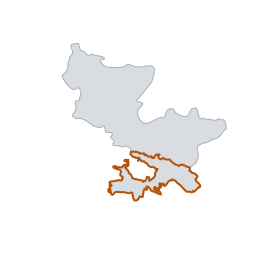 Leninabad on a map of Tajikistan (Albers equal-area conic projection), rotated 212°
{"feature_id": "TJK-369", "entity_name": "Leninabad", "entity_type": "Region", "adm_level": 1, "iso_a3": "TJK", "parent_name": "Tajikistan", "parent_adm1": "", "projection": "albers", "projection_center": [69.514, 39.97], "detail": "fine", "context": "in_parent", "style": "outline", "palette": "amber", "viewbox_px": 256, "rotation_deg": 212, "n_neighbors": 0, "source": "natural_earth", "source_scale": "10m", "svg_char_len": 8927}
<svg xmlns="http://www.w3.org/2000/svg" viewBox="0 0 256 256"><g transform="rotate(212 128 128)"><path d="M44.3,178.7L45.3,176.6L45.8,169.3L47.0,166.8L50.6,162.4L52.5,159.0L54.6,156.2L56.1,155.3L57.5,153.1L58.6,150.6L59.0,149.0L58.9,147.8L58.5,147.0L54.1,142.5L52.8,139.8L52.1,136.3L52.0,133.9L54.4,127.3L54.1,126.2L53.4,125.1L52.0,124.5L50.1,124.2L45.6,124.4L43.9,124.0L43.5,123.6L43.3,120.5L42.9,119.9L42.2,119.3L37.2,117.8L36.2,117.1L36.0,116.4L37.9,109.7L38.7,109.2L40.7,107.0L44.8,105.2L58.3,107.9L60.5,108.2L62.0,108.0L63.0,107.2L64.9,105.1L66.2,99.0L67.3,98.8L68.4,99.1L68.9,98.5L69.4,97.0L69.8,96.9L70.6,97.6L71.5,97.0L71.4,96.4L70.5,95.3L69.7,93.8L70.0,92.6L73.5,92.0L73.9,91.5L73.8,90.6L72.9,90.1L66.3,90.2L65.9,89.7L66.1,89.1L66.6,88.6L73.5,87.5L79.8,88.6L80.9,88.3L79.6,85.6L81.3,85.3L81.5,84.4L79.3,77.2L80.6,76.6L81.8,75.2L81.7,72.5L82.8,71.2L84.1,70.3L86.0,71.2L89.0,73.8L90.9,74.5L100.5,69.5L104.0,67.4L104.6,66.5L105.8,63.3L106.5,63.0L107.4,63.4L112.3,68.8L112.3,69.6L111.8,70.1L111.9,70.7L114.5,71.8L114.5,72.4L113.6,73.9L106.2,80.5L106.0,82.6L106.6,83.3L109.7,84.3L111.3,87.6L112.5,88.0L119.5,86.8L119.5,87.3L119.2,88.3L114.5,90.1L112.3,91.6L111.9,94.1L111.3,94.8L110.4,95.5L109.4,95.6L107.9,92.6L96.7,88.1L86.7,91.3L85.3,93.6L85.8,95.7L85.5,96.6L84.5,96.9L81.6,95.2L80.9,96.7L79.8,101.4L80.9,104.3L81.3,108.5L85.2,108.3L88.3,107.0L89.9,107.0L92.3,107.5L96.6,107.6L100.8,107.5L101.6,106.7L102.4,106.9L103.3,107.9L106.7,106.7L109.2,106.5L111.7,107.2L114.6,111.7L116.2,112.2L120.9,111.6L122.3,109.1L123.5,108.5L127.1,107.8L130.1,105.8L131.6,105.6L132.4,106.3L132.7,107.1L132.5,109.4L133.5,110.1L136.4,110.2L137.8,110.9L137.7,114.4L139.0,115.2L139.6,115.3L143.9,112.9L145.1,112.9L147.6,115.5L149.5,117.1L150.0,116.8L150.8,115.0L152.4,113.1L157.1,111.7L158.9,111.4L164.3,112.0L169.8,111.7L172.7,111.2L175.0,110.0L176.2,109.0L178.1,108.4L181.8,108.6L182.0,110.1L181.6,115.2L183.7,118.8L186.3,121.8L186.5,122.8L186.3,123.6L184.8,124.5L184.3,125.4L184.1,126.3L184.7,127.4L185.7,130.9L187.0,133.6L188.6,134.9L191.0,135.7L192.3,135.4L193.1,133.3L194.6,131.6L198.0,131.5L203.7,133.0L209.2,135.4L210.9,136.8L211.6,138.4L210.3,142.4L210.5,144.9L211.0,147.5L212.4,149.4L213.7,152.7L214.1,155.5L215.1,157.2L214.4,162.4L215.0,163.2L219.5,166.6L220.1,168.5L219.3,169.8L217.7,171.4L215.0,173.5L210.9,169.9L209.2,168.9L206.0,169.5L201.7,168.6L199.6,168.8L198.3,170.2L197.5,171.5L195.4,172.0L187.7,174.9L185.4,174.8L184.7,174.2L185.2,173.3L186.8,172.0L187.1,170.6L186.7,169.4L181.0,168.0L178.6,168.4L174.6,170.2L167.2,174.7L164.0,177.7L161.8,182.1L154.7,183.7L149.8,186.3L144.8,190.5L141.5,192.8L139.9,193.1L138.2,192.8L136.6,191.7L134.9,188.4L132.3,180.0L133.8,165.7L134.6,159.9L135.4,157.8L135.4,156.4L134.7,155.7L133.1,155.8L130.8,156.6L129.2,156.8L128.2,156.3L128.2,153.6L129.3,148.7L127.4,144.7L122.6,141.4L118.5,140.3L115.1,141.4L112.3,144.1L110.1,148.4L107.7,151.9L105.3,154.7L103.0,156.5L102.6,157.6L104.0,161.3L103.9,164.3L102.4,166.8L100.8,167.9L99.0,167.8L97.6,167.3L96.5,166.3L93.7,166.0L89.0,166.5L85.8,167.7L84.1,169.7L83.6,172.3L84.3,175.6L84.0,178.1L81.3,180.8L80.4,181.0L78.4,179.5L75.2,176.3L73.1,174.5L72.0,174.2L70.6,174.7L69.8,176.1L68.8,176.5L67.4,176.2L66.1,176.5L65.4,177.5L63.2,178.7L59.3,180.0L57.2,181.4L56.8,183.0L56.3,183.7L55.1,183.4L51.6,185.5L49.0,184.8L46.1,182.0L44.5,179.7L44.3,178.7ZM113.7,99.3L111.7,100.5L110.5,100.4L108.8,98.2L108.7,97.6L112.9,98.4L113.7,98.7L113.7,99.3ZM112.2,65.9L111.5,66.0L110.3,64.6L109.8,63.6L110.3,63.3L111.4,64.0L112.1,65.2L112.2,65.9Z" fill="#d9dde1" stroke="#a8b0b8" stroke-width="1"/><path d="M119.5,86.8L120.0,87.5L119.6,88.3L118.8,88.8L118.1,89.1L116.9,88.8L116.6,89.0L116.0,89.3L115.8,89.2L115.7,89.2L115.5,89.4L114.6,90.2L114.3,90.4L112.8,90.9L112.2,91.5L112.1,92.3L112.2,93.2L112.0,94.3L111.7,94.8L111.3,95.2L110.8,95.5L110.3,95.7L109.3,95.7L109.1,95.9L108.9,96.2L108.7,96.8L108.5,97.1L108.0,96.9L107.9,96.5L107.9,96.0L108.1,95.4L108.4,95.0L109.5,94.3L109.8,93.6L109.6,93.1L109.1,92.7L108.5,92.5L106.7,92.3L105.8,91.9L105.0,91.8L104.6,91.6L103.6,90.4L103.1,90.2L102.5,90.1L101.4,90.2L100.9,90.1L97.6,87.9L96.8,87.8L87.8,91.1L87.4,91.2L87.0,91.1L86.9,91.0L86.6,90.5L86.4,90.5L86.2,91.3L85.7,92.0L85.3,92.7L85.2,93.5L85.4,94.4L85.5,94.8L85.5,95.2L86.0,96.2L86.1,96.6L83.8,97.3L82.7,95.4L82.1,94.7L81.7,94.6L81.7,94.9L81.6,95.2L81.1,96.1L80.0,99.4L79.8,100.5L79.7,101.7L79.9,102.2L80.2,102.6L80.6,103.0L80.9,103.4L81.1,103.9L81.2,104.5L81.1,108.0L81.4,108.8L82.3,108.4L82.5,108.2L82.6,107.8L82.8,107.7L83.5,108.3L84.0,108.5L85.0,108.3L85.9,108.3L86.4,108.1L86.8,107.9L87.5,107.2L87.9,107.0L89.9,106.9L90.9,107.0L91.8,107.3L92.8,107.9L93.7,108.1L95.5,107.8L96.4,107.9L97.1,108.2L97.3,108.0L97.7,107.5L98.1,107.2L98.5,107.0L99.0,107.0L99.5,107.1L100.3,107.6L100.7,107.7L101.1,107.6L101.2,107.3L101.9,105.9L102.2,105.6L102.5,105.9L102.6,106.4L102.6,107.0L102.3,108.0L102.4,108.5L102.8,108.6L103.2,108.5L105.2,107.0L105.5,106.8L106.3,107.0L106.5,107.0L106.6,106.9L106.9,106.6L108.2,106.1L108.6,106.1L109.0,106.2L109.5,106.7L109.8,106.8L110.2,106.9L111.0,106.7L111.4,106.8L112.0,107.2L112.3,107.8L112.8,109.2L112.0,109.9L111.6,110.1L111.4,110.4L111.2,110.8L110.7,111.1L109.3,111.3L109.1,111.8L108.9,112.1L108.6,112.1L106.2,112.8L105.3,112.9L105.0,112.8L104.6,112.5L104.3,112.5L104.1,112.5L103.9,112.8L103.8,113.1L103.6,113.4L101.1,114.6L100.5,115.0L100.4,115.0L100.4,114.9L100.3,114.3L100.2,114.1L99.8,114.0L99.5,114.0L98.8,114.3L98.2,114.8L97.8,114.7L97.6,114.3L97.4,114.3L94.9,114.7L94.6,115.0L94.1,115.8L93.6,116.2L93.2,116.3L92.5,116.1L92.3,116.0L92.0,115.4L91.5,115.4L89.9,116.4L90.0,116.7L90.4,117.2L90.5,117.6L90.4,118.8L90.2,119.4L90.0,119.7L89.5,120.2L89.5,120.5L89.6,120.8L89.4,121.0L89.2,121.1L88.4,121.4L88.0,121.5L87.4,122.1L87.1,122.0L87.0,121.7L87.2,121.0L87.2,120.6L87.2,120.3L87.0,119.7L86.9,119.4L86.0,118.7L85.7,118.6L83.8,118.8L83.3,119.0L83.0,119.3L82.9,119.5L82.8,119.9L82.7,121.0L82.5,121.3L82.1,121.3L79.8,121.2L79.4,121.3L78.9,121.6L77.2,122.5L76.6,123.0L75.9,123.3L74.6,123.0L74.0,122.8L72.5,122.4L71.2,122.3L69.8,122.4L69.5,122.3L69.4,122.2L69.2,122.0L69.1,121.9L68.8,121.9L66.6,122.8L65.0,122.7L64.8,122.7L64.6,122.8L64.2,124.1L63.5,124.7L63.2,125.3L62.9,125.6L62.1,125.9L61.6,126.0L60.9,126.0L59.6,126.5L58.7,126.1L58.1,126.2L56.8,126.8L56.3,126.9L55.2,126.9L54.5,127.0L54.1,126.4L53.4,124.6L53.0,124.2L52.8,124.1L52.2,124.2L51.9,124.4L51.5,124.6L51.1,124.5L50.7,124.1L50.2,123.9L49.8,123.9L47.4,124.7L46.8,124.7L43.8,124.1L43.4,123.7L43.3,123.0L43.6,120.6L43.5,120.2L43.3,119.9L43.2,119.8L42.8,119.9L42.6,119.9L42.2,119.3L41.3,118.9L39.4,118.7L36.6,117.7L36.0,117.0L35.9,115.9L36.0,115.2L36.3,114.9L36.6,114.8L36.8,114.9L37.1,113.8L37.4,112.8L37.5,111.7L37.7,110.5L38.0,109.4L38.2,109.1L38.6,109.1L39.1,109.2L39.5,109.0L39.6,108.9L39.4,107.6L39.9,107.1L41.7,106.9L43.9,105.4L44.8,105.1L45.9,105.2L53.8,107.4L57.2,107.5L59.1,108.2L60.2,108.3L61.4,108.2L62.8,107.9L63.3,107.7L63.0,107.1L63.3,106.6L64.3,106.0L64.9,105.4L65.2,104.8L65.4,104.1L65.6,99.3L65.9,98.6L66.1,98.7L66.5,98.8L67.2,98.1L67.6,98.4L68.2,99.4L68.5,99.6L68.7,99.4L68.7,98.9L68.9,98.4L69.3,98.3L69.6,97.7L69.6,97.3L69.1,96.2L68.9,95.5L68.8,95.0L69.0,94.7L69.5,95.1L69.9,96.1L70.3,97.4L70.8,98.2L71.8,97.8L71.7,97.2L69.7,94.3L69.6,94.0L69.5,93.8L69.6,93.1L69.5,92.9L69.1,92.6L69.1,92.3L69.4,91.8L69.7,92.1L70.2,93.0L70.5,92.9L71.4,92.2L71.8,92.0L73.5,92.3L74.0,92.2L74.2,91.9L74.2,91.4L74.2,91.0L74.0,90.6L73.0,89.8L67.4,90.8L66.5,90.5L65.5,89.8L64.9,89.2L65.4,88.9L67.6,88.3L68.1,88.2L69.5,88.5L70.0,88.4L70.8,88.0L71.3,87.8L75.0,87.2L75.5,87.3L77.0,88.1L79.1,88.7L80.2,88.8L81.1,88.4L81.1,87.7L79.4,86.1L79.4,85.3L80.0,85.2L80.8,85.5L81.6,85.4L81.7,83.9L81.6,83.3L81.4,82.7L80.8,81.6L80.5,81.1L80.1,79.4L79.1,77.8L79.2,77.2L80.0,76.6L81.4,76.5L81.7,76.3L81.8,75.9L81.6,74.3L81.6,73.2L81.8,72.3L82.2,71.5L82.7,70.8L83.1,70.5L83.4,70.3L84.2,70.1L84.6,70.1L85.2,70.7L85.5,70.9L86.2,71.0L86.8,71.4L87.6,72.8L87.9,73.1L88.5,73.4L88.7,73.8L89.4,74.8L89.7,75.0L90.4,75.3L91.0,75.1L91.5,74.6L92.5,73.4L92.9,73.0L93.4,72.8L97.6,71.4L99.8,69.8L102.1,68.8L103.8,67.8L105.0,66.3L105.6,63.1L106.5,62.9L107.5,63.3L108.3,64.3L109.0,64.9L113.4,69.8L113.4,70.4L112.9,70.2L112.1,69.5L111.7,69.6L111.5,69.9L111.5,70.5L111.9,70.9L114.0,71.4L114.9,71.9L114.6,73.2L114.3,73.4L114.1,73.8L113.5,74.0L111.5,75.7L110.7,76.7L110.4,77.0L109.4,77.4L109.1,77.7L108.6,78.6L108.4,78.9L106.6,79.4L105.9,79.9L105.5,80.4L105.6,81.2L106.3,82.1L106.0,83.2L107.1,83.7L107.6,83.8L109.0,83.6L109.5,83.8L110.1,84.8L110.4,86.1L110.8,87.4L111.8,88.1L112.7,88.1L113.7,88.0L117.0,87.0L119.0,86.8L119.5,86.8ZM108.7,97.6L109.0,97.6L111.8,98.6L112.7,98.6L113.4,98.2L113.7,98.3L113.8,98.8L113.8,99.4L113.6,99.6L112.8,99.8L112.2,100.1L111.0,101.1L110.9,101.0L110.2,99.9L110.0,99.6L109.2,99.0L108.9,98.6L108.7,98.1L108.7,97.6ZM110.2,63.5L110.8,63.8L111.3,64.2L111.7,64.7L112.0,65.5L112.0,66.0L111.6,65.9L111.2,65.5L110.5,64.6L110.1,64.2L109.8,63.6L110.2,63.5Z" fill="none" stroke="#b45309" stroke-width="2"/></g></svg>